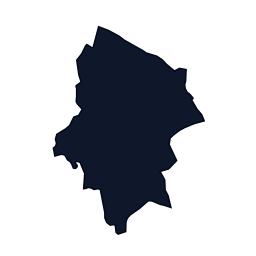 the border of Gulbene, rotated 263°
{"feature_id": "LVA-1083", "entity_name": "Gulbene", "entity_type": "Municipality", "adm_level": 1, "iso_a3": "LVA", "parent_name": "Latvia", "parent_adm1": "", "projection": "orthographic", "projection_center": [26.543, 57.177], "detail": "fine", "context": "isolated", "style": "filled", "palette": "ink", "viewbox_px": 256, "rotation_deg": 263, "n_neighbors": 0, "source": "natural_earth", "source_scale": "10m", "svg_char_len": 1438}
<svg xmlns="http://www.w3.org/2000/svg" viewBox="0 0 256 256"><g transform="rotate(263 128 128)"><path d="M46.7,94.7L70.5,93.0L71.4,90.7L71.1,86.7L73.0,84.2L73.9,81.0L73.3,79.3L73.1,76.6L88.1,79.5L99.7,76.3L100.9,73.8L100.9,71.7L99.8,71.4L97.5,72.8L96.3,73.0L95.3,72.4L94.5,71.3L94.4,70.1L94.9,68.9L99.3,67.7L101.5,66.6L103.9,64.0L108.9,62.0L109.8,59.6L110.0,57.9L109.1,52.0L117.1,51.5L118.1,53.1L119.1,54.1L121.5,55.2L125.7,54.6L130.4,56.6L134.8,66.2L137.5,70.3L145.5,75.6L146.2,79.2L146.3,80.4L152.2,84.9L158.1,80.7L160.5,79.8L165.8,80.9L174.1,81.9L174.8,81.5L175.8,81.6L176.5,81.9L179.3,87.1L186.6,85.7L201.6,85.4L207.4,91.2L214.5,95.8L215.8,97.2L214.6,99.0L212.5,101.3L212.2,102.3L212.0,103.3L213.9,103.9L232.1,111.2L227.4,120.1L220.4,130.1L215.7,134.9L205.5,148.7L203.2,151.9L200.3,155.1L195.7,165.4L191.4,170.4L186.4,174.0L178.9,181.1L180.4,185.1L180.9,186.2L178.9,192.8L167.2,190.8L164.6,189.6L160.3,189.5L156.1,191.1L154.5,193.0L150.5,195.8L149.3,196.1L148.2,194.5L138.0,198.9L132.3,202.7L125.8,204.5L124.3,194.3L121.5,184.2L119.4,178.8L115.7,172.5L112.9,168.6L106.5,166.8L89.7,172.3L82.4,163.2L81.0,154.5L72.0,158.1L61.8,157.3L56.0,159.5L43.9,160.9L46.9,154.6L48.2,150.8L52.1,144.0L52.9,142.2L53.3,139.2L46.8,129.6L41.6,119.8L39.2,116.9L36.8,115.3L34.3,114.4L25.5,113.1L23.9,105.4L24.7,104.5L25.8,103.5L32.0,103.5L33.8,103.0L33.8,98.4L36.9,95.4L41.5,94.1L46.7,94.7Z" fill="#0f172a" stroke="#020617" stroke-width="1.5"/></g></svg>